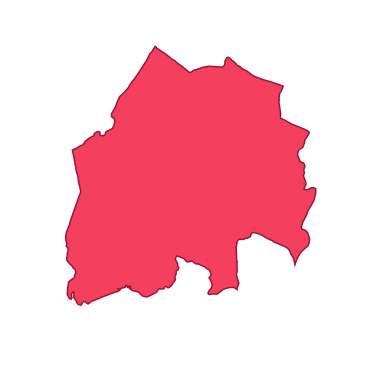 Asunción Mita, Jutiapa, Guatemala, rotated 106°
{"feature_id": "79465075B73925022965475", "entity_name": "Asunción Mita", "entity_type": "district", "adm_level": 2, "iso_a3": "GTM", "parent_name": "Guatemala", "parent_adm1": "Jutiapa", "projection": "orthographic", "projection_center": [-89.611, 14.308], "detail": "fine", "context": "isolated", "style": "filled", "palette": "rose", "viewbox_px": 384, "rotation_deg": 106, "n_neighbors": 0, "source": "geoboundaries", "source_scale": "gbopen_adm2", "svg_char_len": 5299}
<svg xmlns="http://www.w3.org/2000/svg" viewBox="0 0 384 384"><g transform="rotate(106 192 192)"><path d="M167.0,72.5L159.3,72.8L154.8,73.9L154.4,75.8L154.8,78.0L157.8,81.5L158.4,82.7L158.5,84.9L156.3,85.1L153.3,84.5L151.3,85.4L145.5,89.5L142.4,89.1L140.5,90.6L135.8,90.6L133.4,92.5L133.0,96.4L126.8,101.1L122.4,101.0L118.2,97.8L113.8,97.4L110.5,97.9L109.6,97.3L103.2,95.6L101.8,96.3L100.7,100.9L99.3,114.8L97.0,124.2L96.9,126.9L94.9,127.9L92.7,128.2L81.2,133.4L79.0,133.6L78.1,134.2L73.2,134.9L69.2,133.8L65.1,133.6L64.6,141.5L64.3,156.7L63.7,163.6L62.6,167.6L60.8,171.9L59.5,178.5L58.3,180.2L57.7,183.8L56.6,185.1L54.7,188.7L54.6,189.8L53.3,191.6L52.5,194.3L53.4,195.6L56.9,196.4L59.8,195.7L62.7,196.2L63.9,198.3L66.3,210.0L69.2,216.1L71.4,219.1L74.6,223.9L77.6,226.5L77.6,228.1L74.2,235.7L71.4,243.3L70.7,244.1L69.7,248.2L67.1,254.2L63.3,265.7L62.6,266.4L62.2,267.6L67.4,269.0L70.5,270.5L78.4,272.0L88.4,275.0L89.3,275.3L99.4,278.6L104.5,280.8L109.3,282.0L115.0,284.5L120.2,287.8L126.0,288.7L131.8,289.0L138.8,290.9L141.7,290.2L142.3,289.2L142.5,287.3L145.0,285.6L149.1,285.4L152.2,285.8L153.4,286.5L157.8,291.3L161.1,291.4L162.2,292.7L163.0,295.2L162.0,296.5L159.9,296.9L159.6,298.6L160.1,299.6L162.5,301.9L165.0,302.0L168.3,305.4L172.3,308.4L176.7,309.8L179.4,313.3L181.0,314.2L184.7,318.6L191.5,314.9L203.7,309.0L209.3,305.6L213.0,304.1L219.7,300.4L222.3,299.0L250.7,300.8L255.7,300.9L256.5,300.6L258.1,300.9L264.2,301.5L264.7,301.5L265.2,301.5L265.8,301.5L266.8,301.5L267.7,301.3L268.7,301.2L270.3,300.9L271.1,300.7L272.1,300.4L273.1,300.0L274.2,299.3L276.3,298.0L276.8,298.0L277.4,298.0L278.0,298.0L278.6,298.0L279.1,297.7L279.3,296.9L279.7,296.1L280.5,295.7L281.0,295.4L281.7,295.0L282.5,294.9L283.0,294.9L284.1,294.9L284.8,294.9L285.8,294.8L286.4,294.7L287.4,294.4L287.9,294.3L288.8,294.3L289.9,294.2L290.8,294.1L291.4,293.9L292.1,293.5L292.5,293.1L292.8,292.7L293.1,292.2L293.4,291.5L293.9,290.8L294.5,290.0L294.8,289.5L295.2,289.1L295.6,288.5L295.7,287.7L296.1,286.9L296.5,286.2L297.1,285.8L297.8,285.2L298.2,284.6L298.4,283.8L298.6,283.4L299.0,282.8L299.6,282.3L300.1,282.1L301.9,281.4L302.6,281.4L303.3,281.6L304.2,281.9L305.0,281.7L305.8,281.5L306.3,281.4L307.3,281.7L307.9,282.3L308.5,283.0L309.0,283.3L309.7,283.9L310.5,284.6L311.0,284.8L311.5,285.1L311.9,285.4L312.8,285.9L313.5,285.7L314.2,285.6L315.1,285.4L315.7,285.3L316.3,285.2L316.8,285.2L318.0,285.3L319.4,284.9L325.0,283.6L328.5,280.1L328.2,278.5L326.9,278.2L323.8,279.8L321.7,279.3L320.5,278.4L321.1,277.7L324.6,277.0L325.9,276.6L326.6,275.8L327.2,275.1L327.7,274.4L328.5,273.5L329.2,272.9L330.4,271.9L331.2,270.8L331.4,270.2L331.4,269.7L331.4,269.0L331.5,268.0L331.2,267.4L330.8,267.0L328.6,267.0L327.0,265.8L326.9,264.1L328.1,262.3L328.1,260.9L326.5,259.7L324.9,258.5L323.9,257.7L323.6,256.6L321.0,253.4L316.9,248.4L315.9,247.0L314.8,245.5L313.0,243.1L311.8,241.5L310.2,239.3L309.8,238.8L308.8,237.2L307.8,235.6L306.5,234.4L305.9,234.3L305.8,235.1L305.4,236.0L305.2,234.4L304.5,233.5L304.0,233.1L303.6,232.8L303.1,232.5L303.0,232.0L302.8,231.1L302.5,230.5L301.9,230.1L301.1,230.1L300.5,230.1L299.9,230.0L299.8,229.4L300.2,228.9L301.0,228.2L301.5,227.6L301.3,226.9L300.5,227.2L300.0,226.7L299.7,226.1L300.1,225.0L300.8,224.9L301.4,225.5L302.2,225.3L302.1,224.6L301.6,224.1L302.6,223.6L303.2,222.4L302.9,215.4L304.1,214.2L305.7,210.3L305.5,207.5L304.7,205.5L303.2,203.9L299.0,199.3L297.8,198.3L297.0,198.0L296.5,197.9L295.8,197.9L294.8,197.6L294.2,197.0L294.0,196.3L294.0,195.6L292.8,192.3L292.2,192.2L291.1,192.0L290.6,191.8L290.0,191.2L289.8,190.5L290.2,190.0L290.7,189.2L290.5,188.3L290.0,187.6L289.3,187.2L288.5,186.5L287.7,186.1L286.5,185.6L285.0,185.3L284.4,185.1L283.7,184.8L282.9,184.4L282.4,184.2L281.8,184.0L281.3,183.9L280.6,183.9L280.0,184.1L279.4,184.5L278.8,184.9L278.1,185.1L277.5,185.1L276.3,184.8L275.3,184.7L274.4,184.8L273.3,185.1L272.2,185.2L271.6,184.8L271.1,184.5L270.6,184.1L269.9,183.9L269.4,183.8L268.5,183.8L268.0,184.3L267.4,185.1L266.5,185.6L265.5,185.8L265.0,186.0L264.4,186.4L264.0,186.8L263.4,187.4L262.7,188.1L261.9,188.8L261.3,189.3L260.4,189.6L259.6,189.5L259.1,189.4L258.4,189.2L257.6,188.7L257.6,187.9L257.6,187.0L258.2,181.2L260.2,178.6L260.5,177.0L258.7,173.6L258.5,172.5L260.0,168.8L259.5,165.8L260.5,158.9L261.6,156.7L261.9,154.2L263.9,152.3L265.9,150.9L268.2,151.1L268.8,151.6L269.4,151.9L269.9,151.9L270.4,151.5L270.8,151.0L271.3,150.4L271.9,149.8L272.9,149.0L274.6,147.6L275.5,147.1L276.1,147.0L277.5,146.9L278.2,146.9L279.1,147.1L279.6,147.3L280.0,147.5L280.6,147.7L281.2,148.0L281.7,148.3L282.4,148.5L283.4,148.6L284.4,148.7L285.2,148.6L285.5,148.1L285.7,147.6L285.7,146.7L285.5,146.2L285.2,145.7L284.8,145.3L284.4,144.7L284.1,143.7L284.0,143.0L283.4,140.3L282.7,139.2L276.9,135.1L274.1,130.9L272.4,126.6L272.5,124.4L273.4,121.8L272.0,122.2L266.8,121.8L259.8,126.4L255.4,126.9L249.1,128.9L246.7,129.3L245.1,130.3L233.1,134.3L226.8,134.9L225.2,134.2L224.3,133.2L223.5,129.6L221.7,127.6L221.1,125.8L218.6,123.6L216.1,123.7L214.0,122.0L213.7,117.8L214.2,112.8L215.8,107.3L216.7,101.0L217.3,100.1L219.0,86.8L219.6,84.9L221.3,82.1L224.6,79.7L227.8,76.0L233.5,73.0L228.5,72.8L221.7,71.4L217.8,69.7L211.9,65.8L208.6,65.4L204.8,66.0L199.0,69.8L197.6,72.4L197.4,76.0L195.9,77.2L190.9,77.3L182.2,75.5L178.4,75.4L167.0,72.5Z" fill="#f43f5e" stroke="#9f1239" stroke-width="1.5"/></g></svg>